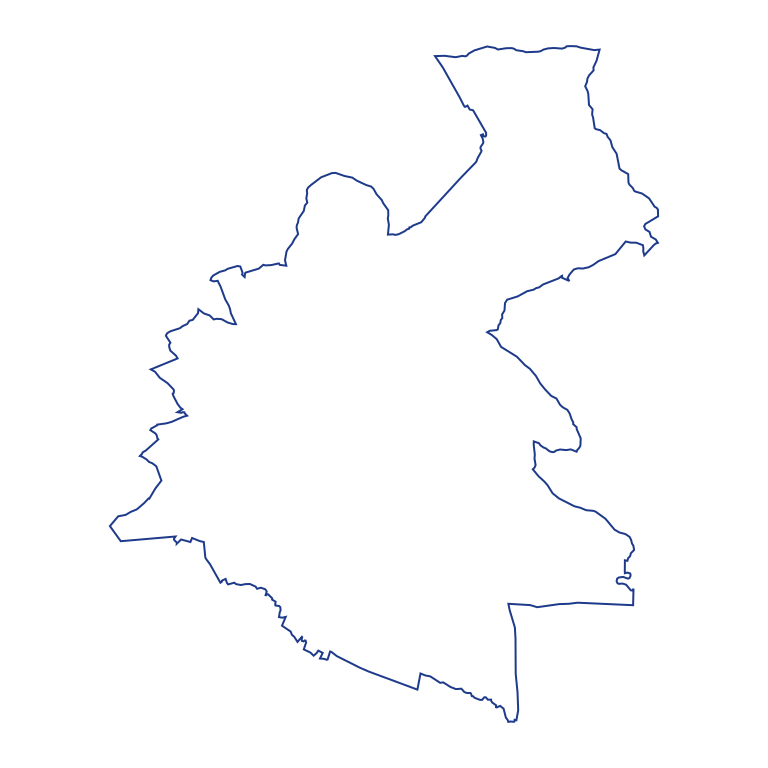 outline of Scorteni, Prahova, Romania
{"feature_id": "2599482B36968704227514", "entity_name": "Scorteni", "entity_type": "district", "adm_level": 2, "iso_a3": "ROU", "parent_name": "Romania", "parent_adm1": "Prahova", "projection": "equal_earth", "projection_center": [25.859, 45.105], "detail": "fine", "context": "isolated", "style": "outline", "palette": "blue", "viewbox_px": 768, "rotation_deg": 0, "n_neighbors": 0, "source": "geoboundaries", "source_scale": "gbopen_adm2", "svg_char_len": 6086}
<svg xmlns="http://www.w3.org/2000/svg" viewBox="0 0 768 768"><path d="M518.2,710.3L517.5,691.9L515.7,673.8L515.5,638.7L514.9,627.6L509.6,609.9L508.4,603.8L530.2,605.1L537.2,607.2L559.2,604.1L568.8,603.8L577.5,602.7L633.1,605.2L633.5,588.7L632.4,590.6L630.8,590.3L626.1,584.7L622.7,583.6L618.4,583.8L617.3,582.9L616.6,581.2L617.2,578.6L618.8,577.5L623.1,576.9L627.9,578.6L629.4,578.1L630.5,575.9L630.5,574.2L629.9,573.3L627.3,572.6L624.9,573.2L624.8,571.5L624.9,560.3L627.4,560.8L628.2,558.1L630.1,556.2L630.9,553.2L634.1,550.0L633.4,545.8L632.0,543.5L631.1,539.9L629.6,536.9L625.5,534.1L619.2,532.4L614.5,529.6L605.5,518.8L595.7,511.7L593.2,510.8L586.1,510.2L580.2,507.7L574.5,506.3L558.9,498.4L552.6,493.3L547.7,485.4L544.7,481.9L538.6,476.3L532.8,469.3L534.4,467.8L535.6,465.2L534.5,458.5L534.8,454.6L533.7,444.6L533.8,441.4L538.9,443.2L540.6,445.5L543.7,447.6L545.7,448.3L549.5,451.3L552.3,452.1L554.0,452.0L556.2,450.5L560.1,449.5L566.2,450.1L570.8,449.4L576.6,451.7L577.0,450.4L579.5,447.5L580.4,445.6L580.7,438.3L576.7,429.1L576.6,427.2L573.2,424.2L573.2,422.2L571.6,419.3L569.7,413.6L567.4,409.9L562.6,407.2L560.0,404.7L556.4,398.5L551.2,395.9L544.9,389.2L540.2,383.4L535.9,375.9L529.9,368.8L524.9,365.1L517.0,356.8L501.1,346.9L496.7,339.1L491.8,335.0L487.2,332.2L489.7,330.8L496.6,330.1L497.8,329.4L498.5,325.4L500.3,323.0L500.8,320.0L502.3,318.1L502.1,314.4L504.5,310.5L505.0,303.1L507.1,299.7L517.7,296.4L527.2,291.2L533.5,289.7L536.4,288.0L538.9,287.5L543.0,284.5L558.6,278.4L561.6,276.0L562.1,275.8L562.1,276.3L561.4,276.7L561.3,277.4L568.6,280.7L569.0,280.4L567.6,278.0L569.6,274.4L573.8,269.5L577.8,268.3L583.1,268.5L588.8,267.2L593.2,264.9L598.7,261.0L615.4,254.1L625.7,241.5L631.0,242.7L636.2,242.7L642.9,245.2L643.4,248.5L643.2,251.1L644.3,255.4L653.9,245.0L655.6,243.6L657.9,242.9L655.8,239.5L651.0,236.7L649.5,231.9L645.4,229.4L644.1,226.3L645.3,224.0L658.1,216.3L657.9,209.5L656.6,207.8L654.6,206.7L649.1,198.4L642.0,193.5L635.2,191.5L634.2,190.8L632.7,187.9L629.4,184.6L628.5,182.7L628.2,174.1L621.4,170.3L619.5,168.6L616.6,153.7L612.3,147.1L610.5,140.4L607.7,136.9L606.5,133.9L603.9,133.1L600.2,130.2L595.8,129.1L594.7,128.1L593.1,117.7L592.1,114.4L592.6,109.3L589.0,105.0L588.3,94.1L587.6,91.1L585.2,86.3L587.0,81.9L587.4,78.7L589.1,75.3L593.6,70.4L593.4,67.4L596.5,60.9L599.6,49.6L594.2,50.1L580.4,47.6L576.6,46.3L570.2,46.1L566.6,46.3L565.2,47.6L562.1,48.6L554.0,48.0L548.0,48.4L543.4,49.6L540.8,51.1L538.3,51.7L525.9,52.2L523.1,51.2L516.2,50.2L514.2,48.8L511.8,48.1L506.3,48.2L497.9,49.5L494.9,47.9L487.1,46.5L474.4,50.4L468.7,53.6L466.9,55.7L465.4,56.3L462.2,55.9L455.7,57.2L444.5,55.8L435.0,56.1L442.7,67.3L459.8,97.6L464.0,105.9L465.0,106.9L467.5,105.6L469.7,109.5L473.1,110.3L486.1,132.8L486.1,135.6L485.5,136.5L483.6,136.3L483.0,134.3L480.9,135.1L482.6,138.4L483.4,142.0L483.0,143.4L480.6,147.0L480.5,148.6L481.5,150.6L481.4,151.4L477.7,158.0L476.2,161.9L460.8,177.8L425.3,216.4L424.9,217.8L421.3,222.2L412.7,225.7L410.7,227.3L409.4,227.3L409.1,228.7L407.1,229.3L404.7,231.2L398.7,234.2L395.5,234.9L392.9,234.3L387.9,234.6L388.9,224.9L387.8,218.5L388.3,215.5L388.2,210.2L383.2,203.2L381.8,200.1L376.6,194.3L373.5,188.8L371.1,186.5L366.4,185.1L356.9,180.7L352.3,177.6L344.5,176.0L335.6,172.9L331.9,173.1L321.1,177.3L311.0,185.0L308.0,187.7L306.8,190.1L307.2,193.3L306.3,198.3L307.3,202.6L304.9,205.5L303.8,210.9L298.7,218.4L298.0,222.5L296.8,225.3L296.6,227.9L298.1,234.1L294.4,239.2L292.2,243.5L287.8,249.0L286.5,251.6L285.0,260.3L286.3,265.7L279.8,264.9L278.8,263.4L271.2,265.1L265.4,265.4L263.3,264.8L258.8,268.6L245.6,272.6L245.1,273.3L244.6,277.0L242.0,274.5L242.6,272.8L240.3,266.5L237.5,266.0L227.7,268.8L225.3,270.3L219.6,271.9L213.1,275.6L211.2,277.9L210.5,280.2L213.7,281.4L217.7,280.8L220.6,286.7L225.3,299.5L228.7,305.4L230.1,309.3L230.8,313.1L235.9,324.1L233.0,324.1L227.6,322.5L221.7,319.2L216.9,318.8L213.7,319.4L209.6,315.4L204.0,313.5L198.4,309.2L198.0,313.2L192.7,319.9L189.4,320.7L187.2,324.0L182.5,326.2L179.9,328.2L170.4,331.3L167.6,332.9L166.5,334.3L165.9,335.8L170.4,342.7L169.2,344.6L169.2,346.9L170.3,350.6L176.0,355.7L177.6,358.4L150.8,369.4L155.1,371.8L159.8,377.8L167.6,383.2L173.6,389.5L174.0,390.8L173.6,393.1L172.7,393.6L173.4,396.0L177.6,404.0L180.4,407.7L182.5,409.2L177.5,412.2L181.2,412.8L182.7,412.2L184.4,412.3L184.8,413.5L187.1,415.7L182.9,416.9L171.6,421.9L166.1,423.4L157.2,424.6L157.1,425.3L151.3,428.5L150.3,430.1L155.5,433.5L156.7,435.3L157.4,438.3L158.3,439.4L145.6,450.7L142.7,452.3L142.0,453.9L139.9,456.0L142.2,456.7L146.6,459.5L149.0,461.9L152.4,463.3L156.3,466.3L161.4,480.6L155.4,488.4L149.3,498.7L148.6,498.4L143.8,503.4L136.8,509.4L130.7,511.9L125.6,514.9L118.2,516.3L109.9,526.1L120.8,541.2L175.5,536.5L174.0,538.7L174.0,539.7L176.9,542.8L176.8,543.7L181.1,539.5L190.4,542.0L192.1,538.0L199.8,541.1L203.8,542.0L205.3,557.2L205.8,558.6L210.0,564.2L220.4,582.7L221.7,581.9L221.9,580.7L225.6,578.9L226.9,582.8L228.1,584.4L234.3,582.7L236.0,584.1L240.9,585.0L245.5,584.1L249.9,584.0L255.6,586.6L257.1,588.8L260.8,587.7L265.3,589.3L266.7,591.5L265.6,595.1L266.2,595.2L267.0,594.2L268.1,594.3L272.2,598.3L272.1,599.6L275.6,601.7L275.2,604.9L275.5,605.5L279.1,606.0L280.3,607.2L280.6,610.1L279.7,612.5L279.0,617.1L282.3,617.7L285.7,616.9L282.0,625.7L290.6,631.5L292.0,634.9L294.2,636.7L297.5,641.9L301.9,636.8L302.2,637.1L301.7,639.2L301.9,640.9L303.5,641.4L304.9,640.4L305.6,640.6L306.1,642.5L303.8,649.4L310.3,652.5L313.7,655.7L316.6,653.1L318.3,650.6L322.7,652.9L320.0,658.5L324.3,658.9L326.8,659.8L327.6,659.5L330.1,651.5L331.4,651.9L336.8,656.1L359.4,667.5L368.6,671.5L417.4,689.6L420.5,673.5L425.5,675.5L430.3,676.4L440.1,682.8L443.3,682.4L450.3,686.9L455.9,689.1L461.4,688.7L464.4,692.1L467.3,693.1L470.1,692.9L471.0,693.5L471.8,696.1L473.2,696.3L474.4,697.7L478.2,699.2L480.2,699.9L482.3,699.8L484.0,697.5L484.9,697.2L485.9,697.4L487.8,699.7L491.1,699.7L491.2,700.9L492.2,702.5L496.1,705.3L496.0,707.2L496.8,707.4L500.1,705.9L503.6,708.7L505.9,717.7L507.7,720.0L508.3,721.9L510.2,721.5L514.0,721.8L514.5,721.4L514.6,719.8L516.4,720.2L518.2,710.3Z" fill="none" stroke="#1e3a8a" stroke-width="2"/></svg>